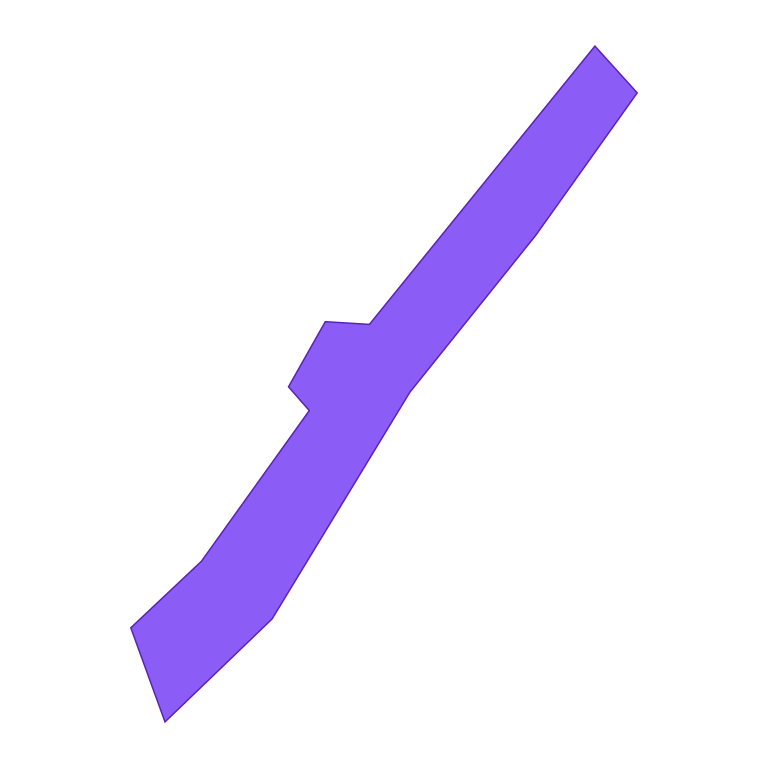 the district of Chirchik city, Tashkent, Uzbekistan
{"feature_id": "79887680B87118778033148", "entity_name": "Chirchik city", "entity_type": "district", "adm_level": 2, "iso_a3": "UZB", "parent_name": "Uzbekistan", "parent_adm1": "Tashkent", "projection": "albers", "projection_center": [69.529, 41.444], "detail": "fine", "context": "isolated", "style": "filled", "palette": "violet", "viewbox_px": 768, "rotation_deg": 0, "n_neighbors": 0, "source": "geoboundaries", "source_scale": "gbopen_adm2", "svg_char_len": 286}
<svg xmlns="http://www.w3.org/2000/svg" viewBox="0 0 768 768"><path d="M535.6,235.5L637.2,92.9L594.9,46.1L369.4,324.4L325.3,321.7L288.5,386.8L309.3,410.6L201.4,561.3L130.8,627.8L165.0,721.9L272.1,618.9L409.8,392.3L535.6,235.5Z" fill="#8b5cf6" stroke="#5b21b6" stroke-width="1.5"/></svg>